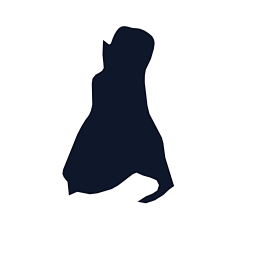 the border of Umm Al Qaywayn, rotated 216°
{"feature_id": "ARE-339", "entity_name": "Umm Al Qaywayn", "entity_type": "Emirate", "adm_level": 1, "iso_a3": "ARE", "parent_name": "United Arab Emirates", "parent_adm1": "", "projection": "equal_earth", "projection_center": [55.75, 25.47], "detail": "fine", "context": "isolated", "style": "filled", "palette": "ink", "viewbox_px": 256, "rotation_deg": 216, "n_neighbors": 0, "source": "natural_earth", "source_scale": "10m", "svg_char_len": 1003}
<svg xmlns="http://www.w3.org/2000/svg" viewBox="0 0 256 256"><g transform="rotate(216 128 128)"><path d="M57.5,108.0L59.3,102.4L60.8,94.6L64.5,85.6L69.8,78.2L75.6,75.4L72.7,82.9L68.9,89.0L66.8,94.7L68.8,100.6L74.1,103.3L80.8,101.8L88.2,99.1L95.4,97.5L97.6,93.9L102.9,76.1L105.9,69.5L114.9,57.7L120.4,52.6L132.2,47.1L136.3,40.0L136.7,40.5L145.0,49.7L147.6,50.2L151.0,51.3L153.5,52.9L155.4,56.5L164.6,93.3L166.0,102.9L166.5,110.1L166.4,114.6L166.5,116.1L167.5,120.6L169.9,126.2L182.8,143.1L185.0,147.3L184.8,151.9L183.1,155.4L181.8,158.9L182.2,162.7L191.2,172.9L198.5,183.8L192.2,183.6L191.2,184.6L190.7,186.2L192.4,192.0L193.2,195.8L193.6,199.9L193.3,203.3L192.2,205.9L190.3,207.7L187.8,209.0L182.8,210.9L178.9,213.3L176.4,214.6L171.7,215.8L166.8,216.0L162.5,215.7L159.3,214.1L157.0,211.9L154.3,207.0L150.8,197.3L148.6,185.4L145.9,180.0L141.6,174.0L125.8,156.9L119.3,151.4L95.3,139.5L91.1,136.1L80.9,125.4L58.5,108.6L57.6,108.1L57.5,108.0Z" fill="#0f172a" stroke="#020617" stroke-width="1.5"/></g></svg>